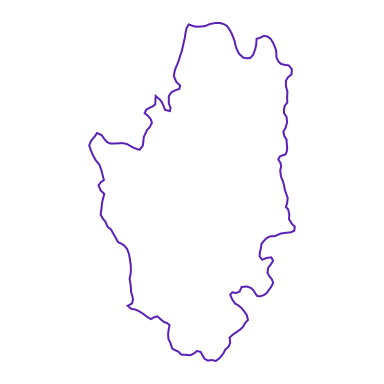 Paraguaçu, Minas Gerais, Brazil
{"feature_id": "56859067B60579202812316", "entity_name": "Paraguaçu", "entity_type": "district", "adm_level": 2, "iso_a3": "BRA", "parent_name": "Brazil", "parent_adm1": "Minas Gerais", "projection": "robinson", "projection_center": [-45.749, -21.568], "detail": "fine", "context": "isolated", "style": "outline", "palette": "violet", "viewbox_px": 384, "rotation_deg": 0, "n_neighbors": 0, "source": "geoboundaries", "source_scale": "gbopen_adm2", "svg_char_len": 3126}
<svg xmlns="http://www.w3.org/2000/svg" viewBox="0 0 384 384"><path d="M100.6,214.6L102.8,218.6L105.3,221.5L107.5,226.6L111.1,229.6L113.1,233.3L115.6,237.6L118.0,242.1L121.1,243.6L124.2,245.5L127.1,249.0L128.9,253.8L129.6,257.4L130.2,261.1L130.7,264.7L130.9,269.4L130.7,273.6L129.6,278.9L130.5,284.1L130.9,287.8L131.1,292.0L132.4,296.2L133.0,299.6L132.1,303.4L127.7,305.8L131.3,308.8L135.5,309.6L139.0,311.2L143.3,313.9L146.8,316.6L151.0,319.1L153.9,317.3L157.4,316.4L161.5,320.0L164.2,322.2L167.1,323.0L169.6,325.2L168.8,328.7L168.1,334.0L168.4,338.8L170.4,343.0L172.3,348.6L175.6,350.4L178.4,351.7L181.3,354.6L185.2,354.8L190.6,355.2L194.6,353.0L196.9,351.0L200.6,351.9L202.8,355.8L204.5,358.7L207.8,360.6L211.9,360.0L215.8,361.0L219.7,358.0L223.3,353.5L225.2,349.7L228.4,346.8L230.2,342.8L229.6,337.6L232.7,334.7L236.3,332.3L240.5,329.3L243.3,326.4L244.9,323.3L248.0,319.9L246.6,314.7L244.2,311.4L241.4,307.9L238.3,305.4L235.0,303.5L232.3,299.6L230.2,294.7L232.4,292.2L235.8,293.1L239.6,291.6L241.6,287.0L246.9,286.5L250.8,287.9L253.5,290.4L255.3,293.4L257.2,296.0L260.2,296.3L263.8,295.1L266.8,293.0L268.6,290.3L271.1,287.0L273.2,282.9L271.9,279.4L269.4,276.3L267.5,272.8L268.2,267.6L271.0,264.2L273.1,260.7L271.3,257.4L266.7,257.9L262.2,259.7L259.6,256.4L259.9,252.2L260.8,248.6L261.6,243.7L263.9,240.9L266.3,238.3L270.2,236.3L275.0,236.1L280.5,233.6L286.8,232.7L291.0,232.3L294.3,230.7L294.8,226.7L291.8,223.7L289.0,219.1L289.3,214.6L288.2,209.4L285.9,207.0L287.1,203.2L287.7,198.0L286.0,193.2L284.8,189.8L284.1,185.5L282.8,181.0L281.0,176.6L280.2,170.3L281.1,166.5L280.5,162.9L278.3,159.5L279.8,156.5L282.5,155.3L285.4,154.5L286.8,151.4L287.2,147.8L286.8,144.3L286.5,139.5L284.3,136.1L283.4,131.8L285.7,127.4L287.1,122.3L286.5,116.8L284.0,113.0L284.0,109.2L284.8,105.7L287.3,102.5L287.1,97.4L287.4,91.5L285.9,86.0L285.9,80.8L287.9,77.4L291.5,74.4L291.9,69.3L288.7,65.4L284.3,64.8L280.7,63.8L278.2,61.1L276.5,57.6L276.2,50.9L274.8,46.7L273.2,43.0L270.9,39.2L267.7,36.5L263.8,35.9L259.8,37.9L256.6,38.8L256.2,44.8L255.2,49.1L253.2,54.8L250.2,58.0L246.6,58.3L243.2,57.6L239.1,53.8L236.8,49.3L235.7,46.1L234.7,41.3L233.0,36.8L231.6,33.4L229.4,29.4L226.9,25.9L223.5,24.0L219.9,23.0L215.3,23.0L209.9,24.0L205.6,25.9L201.8,26.5L195.8,26.7L192.6,25.9L188.7,24.4L186.5,28.2L185.5,33.2L184.8,37.8L183.8,42.2L182.9,46.2L181.8,51.1L180.1,56.0L179.1,59.4L177.6,63.6L175.7,67.9L174.6,71.5L173.8,76.0L176.3,81.9L180.1,85.5L179.4,88.9L175.5,90.2L171.5,92.2L168.8,96.1L168.8,103.2L170.5,107.9L169.9,111.1L165.1,109.9L163.7,106.4L162.2,102.8L159.9,99.6L155.7,96.0L155.2,104.5L152.3,106.6L149.1,108.0L146.3,109.7L144.6,113.2L148.2,116.0L150.8,119.3L151.9,122.9L149.6,127.3L146.9,130.2L145.4,133.6L143.8,137.0L143.3,141.6L142.8,145.7L139.6,149.8L134.3,148.1L130.2,145.9L127.2,144.1L122.6,143.1L114.9,143.5L110.4,143.5L107.1,142.1L104.2,138.8L101.7,135.2L97.0,133.0L94.9,136.3L92.8,138.7L90.9,141.2L89.2,145.4L90.9,150.4L93.1,155.5L95.7,160.2L99.3,164.6L101.3,170.0L102.8,175.8L103.9,180.1L100.9,182.2L98.5,185.3L100.8,190.6L104.3,193.9L103.3,197.6L102.1,202.5L101.5,208.6L100.6,214.6Z" fill="none" stroke="#5b21b6" stroke-width="2"/></svg>